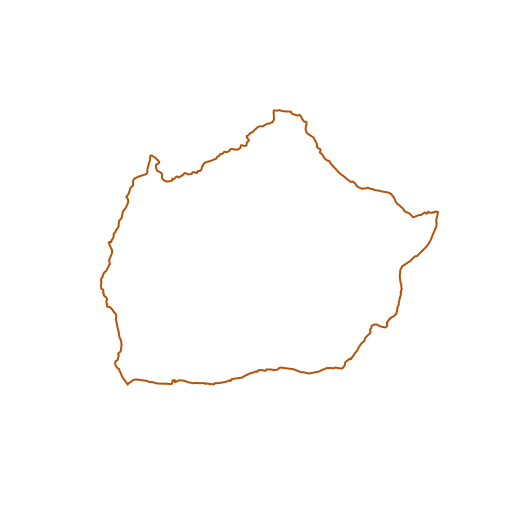 outline of Baucau, Baucau, East Timor, rotated 148°
{"feature_id": "22284137B73846644477643", "entity_name": "Baucau", "entity_type": "district", "adm_level": 2, "iso_a3": "TLS", "parent_name": "East Timor", "parent_adm1": "Baucau", "projection": "robinson", "projection_center": [126.421, -8.508], "detail": "fine", "context": "isolated", "style": "outline", "palette": "amber", "viewbox_px": 512, "rotation_deg": 148, "n_neighbors": 0, "source": "geoboundaries", "source_scale": "gbopen_adm2", "svg_char_len": 6144}
<svg xmlns="http://www.w3.org/2000/svg" viewBox="0 0 512 512"><g transform="rotate(148 256 256)"><path d="M432.9,215.1L431.1,215.6L429.6,215.5L425.7,215.9L423.7,215.1L421.2,213.4L416.3,209.2L415.1,208.4L413.4,205.9L410.9,204.2L407.4,200.3L404.5,198.3L399.3,194.9L395.8,192.3L394.8,192.3L394.3,193.1L393.3,193.7L392.8,194.5L391.9,194.6L390.7,193.3L391.6,192.5L391.4,191.8L387.7,191.5L386.0,190.6L384.0,189.1L382.0,187.0L380.3,184.7L378.5,183.2L377.5,181.9L376.4,181.2L374.4,180.4L372.8,179.1L366.8,175.3L366.8,174.5L364.5,173.5L363.5,172.5L363.2,171.6L361.9,171.4L360.6,170.1L359.8,169.5L359.4,169.5L358.8,170.0L358.5,170.0L354.9,167.9L348.8,165.5L346.7,164.9L344.9,164.8L344.2,163.7L342.9,163.8L342.4,164.0L342.2,164.4L341.7,164.4L332.0,160.2L329.8,160.3L323.5,159.7L320.6,158.8L317.6,158.3L316.9,157.5L316.0,157.2L315.2,157.4L315.0,157.6L315.2,157.8L314.9,157.9L314.1,157.7L310.8,155.7L309.4,153.9L308.3,153.7L307.5,154.2L306.8,154.0L303.3,151.7L300.4,149.2L299.6,149.1L298.4,148.4L296.2,148.4L295.6,148.7L294.0,148.2L284.1,140.0L280.2,134.6L279.0,133.4L276.7,131.7L274.3,129.1L272.6,127.9L263.6,124.6L262.2,124.4L259.8,124.4L258.0,123.7L255.4,123.6L254.5,122.7L252.8,122.1L249.3,119.4L247.8,119.4L245.3,117.0L243.4,115.4L242.7,115.1L242.4,115.3L241.9,115.0L240.2,115.6L238.5,116.5L236.4,118.7L231.2,119.2L230.7,119.0L230.6,118.5L229.8,118.3L227.9,119.4L226.5,119.7L224.5,120.8L219.4,122.6L217.4,124.0L214.4,125.4L211.9,126.3L210.4,126.3L209.1,126.7L207.5,128.1L205.5,129.0L199.8,130.2L199.3,130.6L198.7,132.3L197.8,133.4L196.7,133.7L194.8,135.5L192.1,135.2L190.2,134.2L189.4,133.2L188.1,130.7L185.2,127.7L184.1,126.9L182.4,127.0L181.3,127.7L181.1,128.9L180.5,129.4L180.4,130.1L179.7,130.2L178.1,131.3L177.0,131.4L175.7,132.1L175.3,131.7L173.3,132.2L171.4,131.9L168.3,132.4L167.1,133.2L164.8,135.4L164.4,136.2L163.9,136.5L163.1,137.7L161.8,138.4L160.7,139.2L160.0,140.3L157.0,143.4L156.5,144.2L155.8,144.5L153.2,147.0L152.9,147.4L152.8,148.3L151.8,148.8L151.5,149.3L151.5,149.7L149.8,150.8L149.6,151.9L148.0,154.7L147.6,155.6L147.6,156.7L145.2,162.1L140.8,167.9L136.7,170.1L135.1,169.6L133.9,169.9L127.6,170.0L124.5,170.9L121.0,171.4L119.5,170.6L119.0,170.6L117.6,171.1L106.8,173.5L102.8,175.2L99.0,177.2L94.4,180.7L87.9,185.1L86.7,186.3L85.5,188.0L84.5,190.4L82.8,192.4L80.6,194.3L78.5,197.0L79.9,198.4L81.2,198.4L82.2,199.3L83.2,199.0L83.8,199.3L85.6,200.6L86.5,202.1L88.7,201.4L89.6,203.2L90.0,203.5L94.8,203.4L95.4,204.0L96.1,204.3L102.0,205.5L102.4,206.0L103.1,210.2L105.1,213.5L106.1,214.8L106.3,215.3L106.1,217.7L106.3,218.9L106.8,220.0L107.3,222.2L108.6,225.7L108.6,226.7L108.8,227.3L108.1,231.8L108.5,236.8L108.7,237.5L109.7,239.0L110.9,240.5L114.8,243.8L116.0,245.2L120.6,249.3L121.8,251.2L123.8,252.7L124.3,253.9L125.0,254.6L127.1,255.2L128.7,256.2L129.7,256.4L130.6,257.0L133.0,260.6L133.5,262.7L133.4,264.2L134.2,267.7L136.1,268.4L136.5,269.1L138.3,273.3L138.9,275.9L141.2,281.8L143.6,294.2L143.5,297.2L143.9,298.3L145.0,299.3L146.0,301.8L146.1,307.8L146.9,309.2L146.9,309.9L144.9,311.9L145.2,312.9L145.8,313.9L146.5,315.7L146.4,316.3L145.1,318.5L144.9,319.3L144.4,326.0L147.5,332.5L147.6,334.3L146.7,337.4L145.3,339.1L143.6,340.7L142.6,342.2L142.3,343.2L143.4,343.9L144.0,344.7L144.2,346.7L143.9,351.1L144.5,352.7L145.9,352.8L146.4,353.1L149.7,357.1L150.1,357.8L150.2,358.7L149.9,359.3L149.9,359.9L156.7,364.7L158.7,367.2L161.1,368.1L163.5,369.9L164.6,369.1L168.3,362.4L171.0,360.7L172.2,361.1L174.7,361.3L176.3,362.2L177.0,362.3L181.1,362.3L182.0,362.6L183.9,363.9L185.9,364.4L191.1,363.6L192.4,362.9L193.6,362.8L194.5,363.3L197.1,363.0L199.5,362.3L200.2,362.6L200.9,361.7L200.7,359.2L200.8,357.7L201.3,357.4L202.8,357.4L203.5,357.2L205.0,355.4L205.9,354.8L207.2,355.3L208.0,355.9L208.8,357.0L210.0,357.8L210.9,357.2L211.8,356.0L214.6,355.9L215.4,356.0L216.4,356.8L217.5,357.3L219.4,359.4L220.0,359.8L221.3,360.0L222.5,359.4L223.4,359.3L225.5,359.5L226.2,359.8L227.3,361.0L228.0,361.1L230.4,360.5L232.4,361.4L234.4,360.4L236.0,360.7L238.5,359.6L240.8,360.2L243.5,360.5L247.9,361.8L250.5,362.2L252.3,361.5L253.0,360.6L254.0,360.6L254.6,360.3L256.3,358.4L257.8,357.7L258.6,357.8L259.5,358.5L260.7,358.8L261.9,357.7L262.5,358.0L264.7,360.5L266.1,360.3L267.1,359.7L269.2,360.5L270.2,361.3L272.1,363.8L272.7,364.1L276.0,363.3L276.8,363.7L279.3,363.3L279.9,363.5L280.4,364.8L280.8,365.3L282.9,365.3L284.1,364.8L284.9,364.9L286.0,365.8L286.5,364.8L287.4,364.5L289.9,365.1L290.6,365.8L291.5,366.1L293.0,367.2L294.0,369.0L294.4,370.6L294.3,371.8L293.8,373.1L292.3,374.9L292.2,376.1L293.0,378.1L294.6,380.5L294.6,381.7L294.3,382.8L293.4,385.1L292.4,386.3L291.9,386.4L289.6,386.2L288.3,386.9L288.2,387.5L288.5,389.2L289.5,393.0L290.4,395.0L291.6,396.8L292.3,397.0L293.3,396.1L295.0,393.5L296.6,392.3L301.1,388.1L302.3,386.9L303.9,384.5L304.8,383.8L306.6,383.8L313.1,385.5L317.9,386.1L320.0,385.2L320.8,384.4L321.6,383.3L322.6,381.1L325.9,380.5L327.2,379.6L330.3,376.8L333.3,375.2L334.7,374.9L334.5,372.2L334.8,371.2L335.6,369.9L336.6,368.8L339.7,366.6L341.2,365.8L345.3,364.2L349.9,359.4L353.5,358.3L355.5,355.9L356.9,353.7L361.2,351.9L361.8,351.6L362.5,350.8L364.7,350.3L365.2,349.9L366.2,348.1L368.1,346.7L369.4,346.3L371.5,344.6L372.3,345.4L372.9,345.6L373.7,345.5L374.6,341.2L374.9,337.4L376.1,335.4L377.2,334.3L382.9,330.2L384.1,326.6L384.6,326.6L388.7,324.0L391.3,322.6L393.1,322.6L395.7,321.1L396.5,320.5L396.8,319.9L398.0,319.2L398.9,319.0L400.3,317.8L400.6,317.3L400.8,315.8L403.2,313.1L404.4,310.5L404.3,309.9L403.8,309.2L403.6,308.2L404.1,306.9L404.5,306.5L405.0,306.2L405.0,304.9L405.2,304.4L405.8,304.0L405.8,303.3L405.7,302.0L405.0,300.2L405.0,299.0L405.6,297.7L407.1,296.7L407.4,296.2L408.0,293.8L408.5,292.6L409.0,292.0L408.7,291.5L407.5,290.7L406.8,289.5L406.6,287.9L406.2,286.8L406.3,284.6L405.7,281.7L405.8,280.4L406.5,278.8L408.7,276.3L408.8,275.3L411.4,268.5L412.2,265.6L414.8,259.5L415.2,256.4L415.7,254.5L416.9,252.6L417.1,251.7L417.9,251.0L420.7,247.3L422.3,246.6L424.4,246.4L424.9,245.8L425.0,244.7L427.5,241.9L428.8,241.1L430.7,241.2L432.3,239.8L432.9,238.6L433.1,237.4L432.9,234.2L432.2,233.3L432.0,232.5L432.5,231.7L432.9,227.4L433.5,224.8L432.9,215.1Z" fill="none" stroke="#b45309" stroke-width="2"/></g></svg>